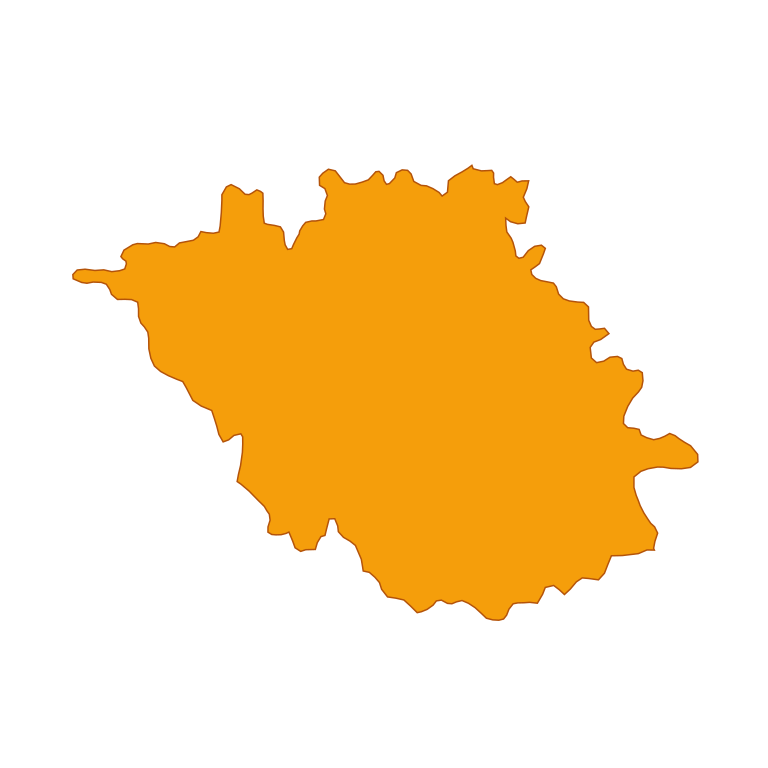 Lida, Grodno, Belarus, rotated 95°
{"feature_id": "67162791B46145411949360", "entity_name": "Lida", "entity_type": "district", "adm_level": 2, "iso_a3": "BLR", "parent_name": "Belarus", "parent_adm1": "Grodno", "projection": "orthographic", "projection_center": [25.213, 53.776], "detail": "fine", "context": "isolated", "style": "filled", "palette": "amber", "viewbox_px": 768, "rotation_deg": 95, "n_neighbors": 0, "source": "geoboundaries", "source_scale": "gbopen_adm2", "svg_char_len": 4297}
<svg xmlns="http://www.w3.org/2000/svg" viewBox="0 0 768 768"><g transform="rotate(95 384 384)"><path d="M158.5,315.5L161.7,319.1L165.8,324.6L170.4,331.5L175.9,337.5L180.8,337.5L187.4,337.5L191.7,342.5L188.4,345.8L185.1,352.3L182.9,358.9L182.9,364.4L179.6,372.0L172.4,375.3L169.1,379.1L169.1,384.6L172.4,390.1L177.8,391.2L183.9,396.1L184.9,398.9L181.6,401.6L176.2,403.2L172.6,407.5L173.3,410.7L177.1,413.5L182.0,417.4L184.8,423.4L187.3,430.0L187.9,435.6L186.9,440.9L181.6,445.8L175.9,451.1L174.9,458.1L179.4,463.4L183.6,466.5L191.7,465.5L194.5,459.9L201.2,456.8L206.8,458.5L214.9,458.6L219.5,456.8L225.4,458.6L227.5,466.0L227.9,470.2L229.8,476.1L233.6,478.8L238.8,481.3L242.1,481.6L246.0,483.6L252.9,486.3L257.2,487.7L258.3,491.7L254.0,494.6L249.8,495.8L241.4,497.3L236.5,500.9L235.6,506.7L235.1,514.2L234.2,517.3L227.4,518.9L220.0,519.8L212.1,520.4L204.5,521.3L202.9,523.8L201.7,527.6L205.3,532.1L207.1,535.0L207.1,538.9L204.8,541.8L202.1,545.1L198.7,553.7L201.4,558.2L209.6,562.0L215.1,561.5L227.3,561.0L235.0,561.0L241.0,561.0L247.0,561.6L248.7,567.1L248.7,574.2L248.1,579.7L253.6,582.0L257.4,586.4L259.6,594.1L261.3,600.1L265.7,604.5L265.7,609.5L263.4,615.0L262.9,623.8L265.1,631.0L265.6,642.0L267.2,646.4L271.7,652.5L273.3,654.7L280.0,657.2L282.1,655.2L284.1,651.8L286.8,651.1L292.0,652.3L294.2,657.3L295.8,665.0L294.7,673.1L296.1,681.9L295.7,691.8L297.2,699.6L302.1,703.5L306.3,702.8L309.2,694.0L309.5,688.7L307.8,682.7L307.4,674.5L308.8,669.3L313.8,665.4L318.4,663.3L323.0,656.9L322.2,649.5L321.9,642.8L324.0,636.5L330.4,635.1L338.1,634.4L344.5,631.5L348.0,627.7L352.9,623.8L358.9,622.4L369.5,621.3L378.7,618.5L386.1,614.3L391.0,607.6L394.5,599.5L397.3,591.0L399.1,584.7L404.7,580.8L417.0,573.0L421.9,564.2L425.4,553.3L432.8,550.1L440.6,546.9L448.6,544.1L455.7,539.2L453.2,533.9L448.3,529.0L446.1,522.3L448.9,520.2L456.0,519.5L464.4,519.1L477.8,519.8L486.6,521.1L494.0,521.8L496.1,518.0L502.4,509.1L510.8,499.3L516.4,492.5L520.4,489.7L523.7,486.9L529.6,485.6L536.5,487.1L541.7,486.7L543.7,482.7L543.7,478.6L543.1,473.4L541.4,468.6L539.8,465.8L548.6,461.2L554.9,458.3L558.0,452.4L555.9,447.5L554.8,438.0L547.8,436.6L541.5,433.5L540.0,429.6L533.4,428.6L523.2,426.9L522.5,421.3L529.5,417.7L535.1,416.6L540.3,411.0L543.4,404.3L547.3,398.4L560.6,391.3L567.6,389.5L572.1,388.4L572.9,382.2L577.3,376.2L582.2,371.2L588.7,368.5L595.8,361.9L596.3,353.6L597.4,345.4L602.8,338.3L608.9,331.0L607.6,326.9L604.7,321.3L600.0,315.8L595.5,312.9L594.3,308.0L597.0,301.7L597.0,297.2L594.7,292.8L592.9,287.4L595.1,280.7L598.9,273.7L604.2,266.8L608.4,261.6L609.5,255.1L609.3,249.0L607.7,244.4L603.6,241.7L597.4,239.9L591.7,236.2L590.4,231.7L589.7,225.4L588.8,219.8L589.0,212.1L579.7,207.7L572.6,205.6L569.9,197.4L573.7,191.4L578.0,185.9L572.0,180.5L564.3,175.1L559.9,169.6L559.9,163.1L560.4,153.3L553.3,147.9L544.0,145.2L535.3,142.5L534.1,131.6L530.8,115.8L526.4,107.6L525.9,100.2L524.2,101.1L517.2,100.4L508.7,98.4L502.7,102.0L499.6,106.1L495.6,109.4L489.8,113.9L482.9,118.2L478.2,120.4L472.9,123.1L465.3,126.0L454.8,126.9L448.6,120.5L445.4,113.6L442.9,104.4L442.5,98.6L443.1,90.8L442.5,80.3L440.4,71.4L434.2,64.5L426.8,65.4L418.8,73.2L415.9,79.5L412.8,85.3L410.1,89.5L408.4,95.1L411.5,99.6L414.2,104.7L416.0,110.5L414.6,117.6L412.4,123.4L407.0,125.9L406.3,131.1L406.3,137.4L402.5,142.0L395.2,142.3L385.0,139.2L376.3,135.0L369.7,129.8L364.8,127.0L358.2,126.3L350.2,127.7L348.1,131.9L349.5,137.1L348.1,143.7L343.5,147.2L337.9,149.3L336.2,153.8L337.6,161.2L342.1,167.1L344.2,174.1L340.0,179.7L329.6,181.8L324.0,178.6L320.8,172.0L314.2,164.3L309.3,169.2L310.4,174.1L311.1,178.3L308.6,182.4L302.7,185.6L296.0,186.3L289.4,187.0L285.3,192.2L285.5,198.2L285.1,206.7L283.5,212.8L279.2,217.9L272.2,220.8L268.7,224.0L268.0,230.2L267.3,236.9L265.5,242.1L262.0,246.3L257.5,247.7L254.0,243.5L250.5,239.6L240.4,236.5L234.8,235.1L232.0,239.3L233.7,245.9L238.6,251.9L245.6,256.4L247.0,260.6L244.9,263.8L240.0,264.8L231.6,267.9L227.7,270.0L221.8,274.9L215.4,276.3L208.1,277.3L211.3,272.1L212.7,264.7L211.3,257.4L205.4,256.7L194.9,255.2L190.0,259.1L185.8,261.5L177.0,258.7L169.0,257.6L169.7,264.2L171.4,268.8L168.6,272.6L166.5,275.8L170.3,280.3L173.1,283.5L175.5,288.4L174.8,291.5L168.5,292.9L164.3,293.2L161.8,295.3L162.5,300.2L163.2,305.5L161.8,313.9L158.5,315.5Z" fill="#f59e0b" stroke="#b45309" stroke-width="1.5"/></g></svg>